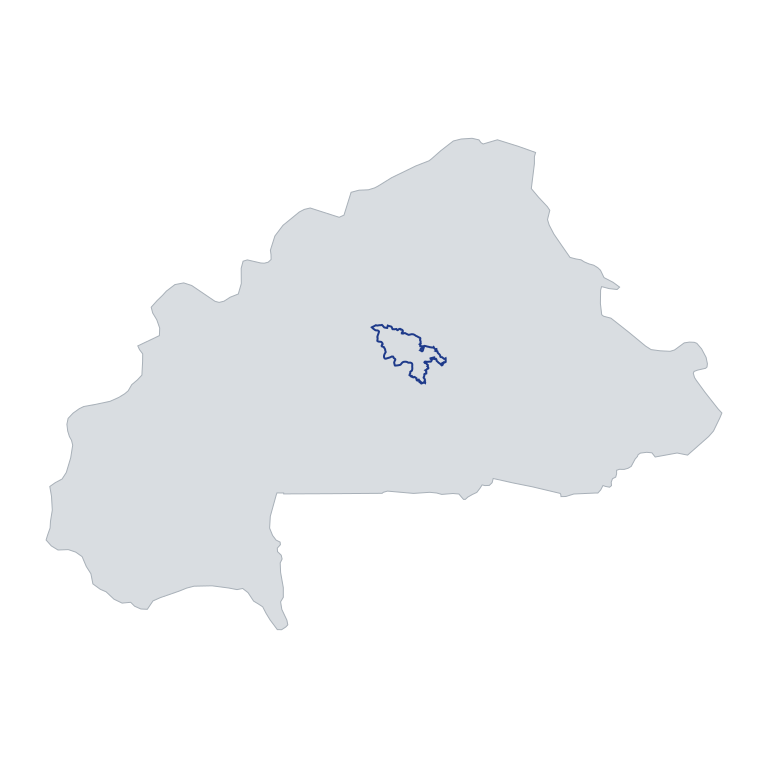 Oubritenga, Oubritenga, Burkina Faso (highlighted)
{"feature_id": "67063806B42476727458569", "entity_name": "Oubritenga", "entity_type": "district", "adm_level": 2, "iso_a3": "BFA", "parent_name": "Burkina Faso", "parent_adm1": "Oubritenga", "projection": "albers", "projection_center": [-1.222, 12.597], "detail": "fine", "context": "in_parent", "style": "outline", "palette": "blue", "viewbox_px": 768, "rotation_deg": 0, "n_neighbors": 0, "source": "geoboundaries", "source_scale": "gbopen_adm2", "svg_char_len": 8956}
<svg xmlns="http://www.w3.org/2000/svg" viewBox="0 0 768 768"><path d="M595.8,493.0L573.8,494.0L565.8,496.5L561.0,496.6L560.8,494.6L560.2,493.4L532.4,486.8L512.9,482.9L493.2,478.5L492.1,482.7L489.3,485.4L485.0,485.6L482.1,484.9L480.1,488.1L476.8,492.4L472.3,494.5L467.8,497.1L465.3,499.4L463.5,499.4L458.9,494.0L452.9,493.5L441.7,494.4L436.7,493.0L429.8,492.3L413.5,493.4L387.5,491.1L383.3,492.3L382.2,493.3L356.4,493.5L328.1,493.7L304.4,493.8L283.7,493.9L283.7,493.0L277.0,492.9L276.3,494.7L270.3,516.3L269.6,528.1L272.6,535.5L276.1,540.1L280.1,542.1L280.4,544.7L277.3,548.1L277.5,551.6L281.2,555.2L282.1,559.0L280.2,562.9L280.6,572.5L283.3,587.6L283.3,597.3L280.6,601.8L281.8,609.4L286.9,620.2L287.8,624.8L285.9,626.9L281.6,629.7L277.3,629.6L272.4,623.0L270.2,620.1L266.1,613.4L262.7,606.8L258.1,603.8L253.6,601.1L248.0,592.6L242.7,588.5L237.0,589.6L228.7,588.0L212.0,585.8L194.0,586.2L186.6,588.1L179.2,591.1L160.4,597.6L153.0,600.9L147.3,609.3L140.9,609.0L134.6,606.2L130.7,602.3L122.1,603.1L114.0,599.2L106.1,591.8L100.3,589.3L92.9,583.9L90.9,573.7L86.3,566.5L82.1,556.6L75.7,552.1L68.3,549.6L58.0,550.0L51.3,545.9L46.1,540.0L47.6,535.1L50.1,528.0L50.5,521.2L52.3,510.1L51.5,496.2L49.8,486.5L55.5,482.5L62.1,479.0L66.3,472.5L70.7,457.8L72.7,445.1L71.5,440.3L69.4,436.5L67.7,431.0L66.9,424.3L68.1,418.4L73.1,413.1L79.4,408.6L83.8,406.5L95.5,404.4L110.1,401.3L118.6,397.5L124.7,393.8L128.2,390.8L131.8,384.6L137.4,379.9L141.9,375.1L142.6,361.6L142.7,353.9L139.5,349.6L137.8,345.9L159.4,335.6L159.7,328.1L156.8,319.8L152.7,313.0L151.2,307.2L157.2,300.5L162.5,295.4L166.4,291.1L174.9,284.6L183.7,282.9L191.7,285.5L215.0,301.3L219.1,302.4L224.0,301.2L230.2,297.2L238.3,294.0L241.3,283.6L241.2,268.2L243.1,261.2L247.3,259.9L260.8,263.0L264.3,263.2L268.2,262.2L271.1,259.5L271.0,254.6L270.4,250.2L274.9,236.0L283.0,225.3L299.3,212.0L304.3,209.4L310.2,208.0L339.2,217.3L344.0,215.1L351.1,192.3L359.0,190.2L368.4,189.8L374.6,187.9L377.7,186.3L391.6,177.7L415.9,165.9L429.0,160.8L431.5,158.9L440.9,150.6L453.3,141.0L461.2,139.0L472.1,138.3L479.0,139.9L480.9,142.6L483.1,144.0L497.4,139.8L517.9,146.2L535.6,152.5L534.4,156.6L534.4,163.7L533.0,175.0L531.3,188.6L538.6,197.3L547.4,206.7L549.8,210.3L547.5,219.6L549.2,225.1L553.9,234.1L561.8,245.6L570.0,257.4L575.7,258.9L581.0,259.8L584.3,261.9L589.0,263.9L593.7,265.2L597.9,267.8L600.5,270.3L604.0,277.6L613.2,282.4L619.6,287.1L617.1,289.5L609.1,288.6L601.6,286.6L600.6,290.1L600.4,303.5L601.7,314.7L603.5,316.2L611.0,318.2L629.1,332.5L645.6,346.1L651.1,349.6L660.1,350.8L670.2,351.3L674.5,350.0L684.2,342.9L689.4,342.1L694.2,342.3L696.8,343.3L701.6,348.9L706.1,357.4L707.4,363.7L707.0,367.0L705.6,368.3L697.6,370.1L694.1,371.4L693.3,373.2L694.5,377.5L696.2,380.2L705.1,392.4L718.0,408.8L721.9,413.0L719.8,418.0L713.5,431.0L708.7,436.5L687.6,455.1L677.1,453.0L655.2,457.0L651.9,452.8L646.7,452.3L640.4,453.1L638.1,454.7L637.4,456.5L635.1,459.1L631.2,466.4L628.0,468.3L624.1,469.4L619.4,469.3L616.6,470.3L616.6,473.9L615.7,477.1L612.5,478.7L611.2,482.2L611.5,485.6L609.6,487.2L605.4,486.4L603.0,485.5L600.7,489.9L597.9,493.0L595.8,493.0Z" fill="#d9dde1" stroke="#a8b0b8" stroke-width="1"/><path d="M425.1,383.0L425.2,382.4L425.1,382.1L425.0,381.9L424.8,381.8L424.8,381.5L424.8,381.0L424.9,380.9L424.7,380.7L424.7,380.2L424.9,379.7L424.8,379.3L424.7,379.1L424.5,378.9L424.4,378.6L424.3,378.3L423.7,377.9L423.6,377.6L423.9,376.7L424.1,376.4L424.2,376.2L424.4,375.1L424.4,374.8L424.3,374.6L424.3,374.2L424.6,373.9L425.4,373.8L425.8,373.6L426.3,373.5L426.4,373.0L426.3,372.5L426.1,372.1L426.1,371.9L426.3,371.5L426.3,371.3L426.1,371.2L425.9,370.7L425.4,370.3L426.3,369.8L427.3,368.8L428.1,368.6L428.3,368.4L428.4,368.0L427.8,366.6L427.5,366.4L427.8,366.1L427.8,365.5L427.9,365.1L427.7,364.9L427.0,364.4L426.7,363.7L426.3,363.3L425.6,363.2L425.2,363.1L424.8,362.9L424.4,362.3L424.6,362.0L424.9,361.7L425.2,361.7L425.4,361.6L425.9,361.6L426.7,361.9L426.9,361.8L427.9,361.8L429.8,361.6L430.2,361.7L430.6,361.6L431.0,361.5L431.3,361.1L431.5,360.7L431.6,360.4L431.5,360.0L431.2,359.4L430.5,358.7L430.5,358.3L430.8,358.2L433.3,357.6L433.3,358.8L433.5,358.7L433.7,358.2L434.1,358.3L434.3,358.1L434.4,358.9L434.5,359.0L434.8,359.1L435.6,359.0L435.9,358.8L436.3,359.2L436.4,359.4L436.5,360.3L436.6,360.8L437.6,361.7L438.0,362.1L438.7,362.8L439.4,363.2L439.6,363.3L440.9,364.5L441.4,365.1L441.8,365.4L442.2,365.2L442.5,364.9L442.1,364.7L441.9,364.2L441.8,363.7L442.1,363.4L442.4,362.9L442.7,362.9L443.2,363.1L443.6,363.1L443.8,363.0L444.0,362.7L444.1,362.4L444.1,362.2L445.2,362.2L445.4,362.2L445.7,361.9L445.7,361.6L445.7,360.3L445.6,359.8L445.7,358.9L445.6,358.3L444.6,358.9L444.3,358.9L444.0,358.8L443.4,358.3L443.0,358.0L442.2,357.3L442.0,357.2L440.8,357.1L440.7,357.0L440.4,356.8L440.3,356.6L440.2,355.8L440.2,355.5L440.1,355.3L439.8,354.9L439.6,354.7L439.3,354.2L438.6,353.7L438.1,353.1L437.8,352.8L437.4,351.3L437.0,351.1L436.8,351.1L436.3,351.2L435.5,350.9L436.2,350.3L436.4,350.0L436.5,349.7L436.4,349.0L435.7,349.1L435.2,349.2L434.1,348.1L433.9,347.7L433.8,347.3L433.6,347.0L433.3,347.3L432.7,347.5L431.9,347.5L430.8,347.3L429.9,347.2L429.5,347.1L429.0,346.9L427.1,346.5L425.3,346.0L424.6,345.9L424.3,345.9L424.0,346.0L423.9,346.3L423.8,347.6L423.6,348.1L423.4,348.2L423.2,348.5L423.1,349.2L423.2,349.4L423.2,349.7L422.9,350.3L422.6,350.7L422.5,351.1L422.0,351.3L421.9,351.3L421.7,351.2L421.4,350.8L421.2,350.8L421.1,350.6L420.8,350.5L421.0,350.4L421.0,350.1L420.9,350.0L420.5,350.0L420.4,349.6L420.6,349.1L420.8,348.8L421.4,348.5L422.1,348.1L422.4,347.9L422.7,347.6L423.0,346.7L422.9,346.6L422.6,346.3L421.9,346.2L420.8,346.4L420.7,346.4L420.3,346.3L420.3,346.1L420.3,345.2L420.2,345.0L419.6,344.3L420.0,344.0L420.5,343.9L420.7,343.5L420.6,343.4L420.6,343.1L420.5,342.8L420.5,342.6L420.6,342.4L420.6,341.9L420.6,341.5L420.6,341.2L420.2,340.5L420.0,339.9L420.3,339.2L420.3,338.9L420.2,338.4L420.3,338.2L420.0,337.8L418.7,337.3L417.4,336.5L416.0,335.9L414.9,335.1L413.8,334.5L413.1,334.3L411.8,334.2L411.1,334.3L409.9,334.6L408.9,334.8L408.5,334.8L407.0,334.1L406.4,333.8L405.1,333.1L404.8,333.1L404.4,333.1L403.0,333.6L402.3,333.5L402.1,333.3L401.8,333.3L401.8,332.8L401.9,332.7L402.0,332.4L402.3,332.1L402.7,331.9L402.8,331.6L402.8,330.6L402.6,330.3L402.1,329.8L401.7,329.7L401.2,329.4L400.9,329.6L400.7,329.5L400.6,329.2L400.2,328.9L399.6,328.9L399.2,329.0L398.8,329.3L397.8,330.1L397.5,330.2L397.2,330.1L396.9,329.6L396.5,329.1L396.4,329.0L394.2,329.3L393.9,329.2L392.6,329.2L392.4,329.0L392.0,327.8L391.7,327.2L391.5,326.8L391.2,326.6L390.2,326.3L388.6,325.9L387.8,325.6L387.3,327.2L387.3,327.6L387.3,327.9L387.2,328.0L384.5,327.5L384.1,327.3L382.4,325.3L381.9,324.9L381.3,325.1L380.9,325.2L379.5,325.2L377.6,325.5L376.8,325.5L376.2,325.3L375.9,325.2L373.7,326.4L373.0,326.7L372.3,327.0L371.8,327.3L372.7,328.2L373.1,328.5L373.5,328.9L374.4,329.5L374.9,329.9L375.7,330.3L376.1,330.4L377.1,330.4L377.6,330.5L378.2,330.7L378.8,331.2L378.9,331.4L379.0,331.7L378.9,332.1L378.3,334.0L377.9,335.0L377.5,336.2L377.5,337.1L377.4,337.1L377.4,337.6L377.6,338.1L377.6,338.3L377.6,338.8L377.5,339.1L377.5,339.6L377.3,340.8L377.6,341.2L378.6,341.6L380.8,341.8L381.4,342.0L381.7,342.3L382.3,343.0L382.6,343.8L382.6,344.2L382.1,344.5L381.9,345.5L381.7,345.6L381.6,345.9L382.1,346.5L382.4,346.5L382.8,346.7L383.0,346.8L383.7,346.9L383.8,347.2L383.8,347.3L383.9,347.5L384.4,348.0L384.7,348.5L384.9,348.9L385.2,349.8L385.2,350.4L385.7,351.9L385.7,352.1L384.7,353.8L384.2,355.0L384.0,356.0L384.0,356.7L384.1,357.3L384.3,357.8L384.7,358.4L385.1,358.6L385.7,358.7L386.1,358.6L389.7,357.5L391.9,356.5L393.0,356.6L393.1,356.9L393.4,357.1L393.5,357.6L393.7,357.9L394.0,358.2L394.9,358.8L395.2,359.1L395.3,359.4L395.3,359.8L394.8,360.7L394.2,362.3L394.2,362.6L394.2,362.9L394.7,365.0L394.8,365.3L395.1,365.6L397.4,365.4L398.7,365.2L400.3,364.8L400.6,364.6L401.8,363.1L402.3,362.6L403.2,362.0L403.9,361.8L405.3,361.7L406.4,361.8L407.3,362.1L408.1,362.6L408.6,362.7L410.2,362.6L410.6,362.7L411.4,363.0L411.8,363.3L412.1,363.7L412.3,364.6L412.3,365.1L412.2,366.4L412.3,368.1L412.3,369.0L412.0,370.3L411.9,370.6L411.6,370.9L411.3,371.1L410.8,371.3L410.3,371.8L410.3,372.3L410.2,373.0L410.2,373.4L410.2,373.6L409.7,374.2L409.6,374.7L409.5,375.2L409.8,375.4L410.1,375.5L410.5,375.8L410.7,376.1L410.8,376.2L411.0,376.2L411.4,375.9L411.8,375.9L412.0,376.3L411.9,376.7L412.0,376.7L412.4,377.1L412.9,377.2L413.3,377.4L413.5,377.3L414.0,376.9L414.3,376.9L414.7,377.0L415.1,377.4L415.4,377.5L415.6,377.7L415.9,377.8L416.2,378.3L416.5,378.4L416.5,378.5L416.4,378.6L416.6,379.1L416.5,379.7L416.8,380.2L417.3,380.6L417.8,380.5L418.0,380.0L418.6,379.6L418.8,379.6L418.9,379.9L419.0,380.6L419.2,380.8L419.7,380.8L419.8,380.9L419.8,381.2L419.6,381.5L419.3,381.6L419.3,381.8L419.6,382.2L419.9,382.2L420.0,382.1L420.2,381.9L420.6,381.8L420.9,382.0L421.0,382.1L420.9,383.2L421.1,383.4L421.4,383.5L421.8,383.4L423.0,382.7L423.0,382.9L423.3,382.8L423.6,382.6L423.9,382.7L424.2,382.6L424.6,382.7L425.1,383.0Z" fill="none" stroke="#1e3a8a" stroke-width="2"/></svg>